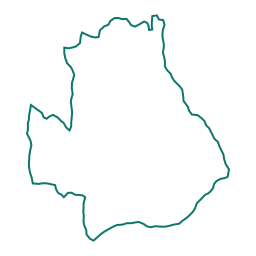 Guzolândia, São Paulo, Brazil
{"feature_id": "56859067B96144512479549", "entity_name": "Guzolândia", "entity_type": "district", "adm_level": 2, "iso_a3": "BRA", "parent_name": "Brazil", "parent_adm1": "São Paulo", "projection": "mercator", "projection_center": [-50.72, -20.622], "detail": "fine", "context": "isolated", "style": "outline", "palette": "teal", "viewbox_px": 256, "rotation_deg": 0, "n_neighbors": 0, "source": "geoboundaries", "source_scale": "gbopen_adm2", "svg_char_len": 2071}
<svg xmlns="http://www.w3.org/2000/svg" viewBox="0 0 256 256"><path d="M163.2,20.1L159.0,19.5L156.8,15.4L152.3,16.1L151.9,22.0L151.7,25.6L152.3,29.5L149.0,29.9L148.7,26.5L147.4,23.1L144.1,21.5L139.5,24.3L134.9,26.6L131.1,25.1L129.0,21.9L126.5,18.9L121.8,19.1L118.2,17.9L114.4,18.2L110.4,20.8L108.3,24.8L104.1,26.4L99.9,30.4L98.6,37.0L95.3,37.5L90.7,36.5L86.4,34.6L82.1,32.5L80.8,36.1L80.0,43.1L75.8,46.5L72.0,47.6L68.7,48.3L64.3,47.6L64.3,53.2L65.3,58.2L67.2,63.4L70.8,67.0L72.7,70.6L74.2,74.8L73.2,78.9L72.0,82.5L71.8,88.2L72.7,94.3L71.6,97.5L70.8,101.6L71.5,107.2L72.2,112.6L71.6,118.3L71.2,122.3L71.2,126.5L69.5,130.4L66.2,127.5L63.6,122.9L60.9,120.8L57.9,117.6L53.0,114.9L49.4,116.5L46.7,118.7L43.6,117.3L41.9,112.9L30.9,105.0L30.1,110.0L29.1,115.3L28.9,119.4L27.9,123.2L27.9,129.5L27.0,133.8L28.7,136.9L30.6,141.0L31.4,145.5L30.3,149.9L29.4,155.2L29.1,160.8L28.9,166.0L29.9,172.3L31.8,178.2L32.8,183.4L38.7,183.9L43.4,183.2L47.3,183.4L50.8,184.2L55.1,185.1L56.1,189.3L58.2,193.0L61.6,194.7L63.8,197.2L68.0,192.9L71.6,192.7L75.0,194.7L82.1,195.2L85.2,197.2L83.5,203.9L83.6,207.3L83.3,211.2L83.8,216.6L83.5,221.8L84.3,225.5L86.3,230.4L86.5,234.5L90.1,238.8L93.6,240.6L97.5,237.1L100.7,234.2L104.4,231.6L108.4,229.3L113.1,226.7L117.2,225.0L122.6,224.6L126.8,223.2L131.1,223.2L135.6,222.4L138.8,221.9L143.8,224.1L147.3,226.5L151.1,227.2L155.2,226.2L160.1,226.6L164.9,226.7L169.1,225.9L173.8,224.6L179.1,223.7L183.1,220.3L185.8,218.5L189.0,215.8L192.9,211.8L195.2,208.0L196.7,203.5L202.0,198.1L205.1,194.9L208.2,193.4L210.6,191.3L212.9,188.3L214.2,183.7L216.6,181.0L220.7,178.8L224.8,178.1L227.7,176.7L229.0,169.3L225.7,164.1L224.2,159.4L223.4,154.3L221.2,150.0L219.3,146.0L218.0,142.1L214.4,138.7L211.4,132.7L209.1,128.2L206.2,125.3L204.3,120.8L200.6,117.4L197.6,115.2L191.9,114.5L189.2,111.0L187.8,106.6L183.6,101.1L183.1,95.3L182.2,89.6L179.5,86.1L174.3,80.9L172.2,77.6L170.6,73.7L167.0,70.1L164.9,66.3L164.9,61.6L164.4,57.9L162.9,52.5L163.8,47.4L163.8,43.8L162.8,39.0L162.4,34.6L162.8,30.4L164.5,24.8L163.2,20.1Z" fill="none" stroke="#0f766e" stroke-width="2"/></svg>